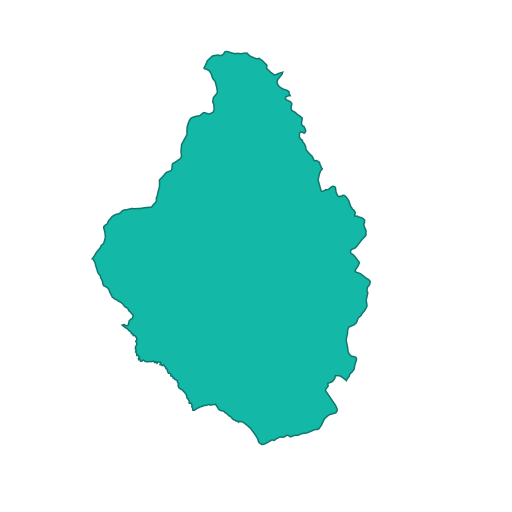 Toribío, Cauca, Colombia (orthographic projection), rotated 309°
{"feature_id": "7082276B98056345530252", "entity_name": "Toribío", "entity_type": "district", "adm_level": 2, "iso_a3": "COL", "parent_name": "Colombia", "parent_adm1": "Cauca", "projection": "orthographic", "projection_center": [-76.217, 2.971], "detail": "fine", "context": "isolated", "style": "filled", "palette": "teal", "viewbox_px": 512, "rotation_deg": 309, "n_neighbors": 0, "source": "geoboundaries", "source_scale": "gbopen_adm2", "svg_char_len": 6157}
<svg xmlns="http://www.w3.org/2000/svg" viewBox="0 0 512 512"><g transform="rotate(309 256 256)"><path d="M101.7,229.9L102.9,230.2L103.1,230.4L101.7,231.8L101.6,232.6L102.4,233.4L104.3,233.9L104.3,236.3L105.3,238.0L106.8,239.5L107.7,240.8L109.9,242.7L110.0,243.2L109.5,243.7L109.5,244.6L110.5,244.4L111.0,245.0L110.3,246.6L111.8,246.6L113.2,248.1L113.3,249.1L111.3,249.6L111.1,250.0L112.0,250.7L111.8,252.0L113.0,252.3L113.2,253.2L112.7,254.0L112.7,255.8L111.8,256.8L112.0,258.6L110.8,259.6L109.8,261.8L110.6,262.7L110.6,263.2L110.4,264.5L109.4,265.0L109.2,265.4L109.9,266.8L109.7,267.5L108.9,268.5L109.5,269.5L109.0,270.8L109.6,272.2L109.6,273.1L109.3,273.7L108.4,274.4L108.1,276.2L106.4,276.8L105.0,279.1L105.2,281.6L105.7,283.3L105.1,284.9L105.2,286.0L104.6,288.0L104.5,289.0L102.2,291.7L102.1,293.2L101.6,294.2L101.4,295.5L99.7,296.4L99.8,297.1L100.7,298.0L100.7,298.6L99.3,300.6L98.4,301.0L97.4,303.2L96.4,303.8L97.1,305.1L100.9,306.3L102.2,307.1L103.4,307.3L104.5,308.3L107.3,309.9L108.8,311.5L110.7,312.5L111.4,314.3L115.3,317.9L113.3,323.9L113.9,326.5L115.0,328.0L115.1,328.9L114.8,330.1L115.1,332.6L114.8,335.7L115.3,337.7L114.8,339.2L114.6,341.5L115.2,342.8L115.1,344.2L116.2,345.9L115.8,346.9L117.1,347.5L118.7,350.2L118.9,356.6L118.6,357.6L118.7,359.9L116.4,368.6L115.0,372.4L113.1,375.1L112.9,376.8L113.2,379.3L114.3,380.3L116.5,381.6L123.2,384.2L124.1,386.2L126.6,386.8L130.3,388.4L132.5,391.4L133.4,391.9L135.8,392.7L136.4,393.2L136.9,394.1L137.0,396.4L137.8,397.1L140.9,398.8L142.8,401.2L146.8,403.4L150.8,407.1L157.7,410.7L160.4,413.3L161.6,413.6L165.9,413.3L171.7,411.8L173.6,411.8L177.2,412.4L179.2,413.1L184.2,416.7L186.2,416.6L187.0,416.3L188.3,415.1L190.0,411.7L195.1,394.8L196.2,394.1L200.5,393.9L201.5,392.5L202.2,392.0L205.8,394.1L207.1,394.4L210.7,394.2L212.4,393.2L212.9,393.0L213.2,393.2L215.3,396.0L215.7,397.1L216.0,398.4L216.1,404.7L216.8,404.3L221.2,404.1L223.5,403.2L225.8,403.6L228.7,403.6L230.1,403.3L233.6,401.3L238.4,399.5L239.4,398.8L239.9,397.9L240.0,396.8L238.3,393.2L238.2,392.3L238.7,389.4L239.6,387.8L242.2,385.2L247.0,379.4L248.5,378.3L253.6,375.7L256.1,373.9L258.3,372.9L259.7,373.1L264.1,375.5L266.9,376.0L268.2,375.8L271.8,374.4L275.9,375.1L277.6,374.7L281.7,374.8L286.1,374.1L287.5,373.3L291.1,369.4L297.7,366.1L298.3,365.2L298.7,364.1L301.8,362.3L304.9,362.3L307.1,361.5L308.0,360.7L308.4,359.7L308.5,357.9L308.1,355.6L308.0,348.3L306.2,343.0L306.4,342.6L308.3,341.9L312.6,341.6L316.0,340.5L317.9,332.8L318.1,330.1L317.8,328.2L318.6,326.8L319.9,326.2L321.6,326.3L324.1,327.8L326.0,328.2L335.5,328.0L340.8,328.5L341.9,328.1L342.7,327.1L344.9,325.7L347.1,321.4L348.5,319.8L350.2,319.4L350.8,318.7L352.2,318.0L352.5,315.8L352.1,313.7L350.9,311.1L350.7,309.5L349.1,307.7L349.5,307.1L351.9,306.0L352.5,305.4L353.2,303.0L353.1,301.5L354.0,299.3L354.1,298.3L357.2,293.6L358.2,290.8L358.7,287.5L358.5,286.1L357.8,285.3L356.8,284.9L356.0,285.0L355.6,283.9L354.4,283.2L354.1,282.2L354.3,281.2L356.2,277.8L359.2,274.6L359.3,273.5L359.0,272.4L358.1,271.5L356.3,270.9L353.1,270.4L351.5,268.5L349.6,267.9L347.8,266.8L347.5,266.1L347.9,265.2L354.1,256.5L358.3,254.3L362.0,252.8L362.7,252.5L364.5,252.8L365.5,252.6L366.1,250.5L367.0,249.3L367.2,248.4L368.7,246.4L368.3,243.0L366.9,241.5L366.8,241.1L368.8,237.0L369.1,233.1L369.9,228.8L370.5,227.4L372.1,225.9L373.4,223.5L374.3,220.0L375.2,219.1L374.9,217.7L375.7,214.9L378.3,212.8L379.8,212.5L380.5,212.7L381.4,214.0L381.7,216.1L382.9,216.4L384.6,215.8L385.4,214.7L386.8,211.8L386.6,210.5L386.7,209.2L387.0,208.6L388.5,207.3L391.8,205.6L392.3,205.0L392.4,202.2L392.1,199.4L392.3,195.7L391.7,193.1L391.9,191.6L393.0,190.1L396.8,188.1L397.2,187.6L397.5,185.4L396.9,182.8L396.4,181.5L396.5,180.3L397.5,179.3L399.0,179.3L401.1,180.5L402.1,181.7L403.1,179.4L404.4,178.4L404.3,176.0L402.7,171.7L402.3,168.4L402.4,166.6L403.3,164.2L404.3,162.9L406.9,161.8L413.5,161.9L415.6,161.1L412.1,158.7L408.9,157.1L408.3,156.4L408.0,152.1L408.4,146.9L408.5,146.3L409.7,145.2L411.1,144.4L411.8,138.0L411.6,134.0L410.5,133.3L409.4,131.9L407.8,126.3L407.6,124.6L408.0,121.2L406.4,119.4L403.5,116.8L402.0,114.2L400.4,112.8L398.6,109.7L397.0,105.2L395.8,103.8L394.8,103.3L392.4,103.7L389.6,102.7L388.2,99.9L384.6,96.6L383.6,96.2L377.2,95.3L371.5,97.0L369.4,97.2L369.1,97.8L370.2,100.8L370.5,103.0L369.9,105.3L368.7,107.7L367.2,109.8L366.6,111.2L365.9,114.5L362.1,119.6L359.5,122.4L358.6,123.1L357.8,123.3L352.3,123.2L348.5,125.4L347.5,127.5L344.7,130.3L342.7,131.7L341.0,132.1L339.9,131.9L337.1,130.4L336.5,129.8L335.0,125.7L334.1,124.9L329.6,124.0L326.5,121.2L324.0,119.6L322.6,118.9L321.3,118.7L319.1,119.0L316.4,119.9L313.0,121.3L309.6,123.7L307.1,125.9L295.8,128.0L290.2,131.8L286.9,135.1L285.9,135.6L284.7,135.9L283.8,135.8L278.7,134.4L275.7,133.2L274.7,133.2L270.0,136.3L269.5,136.3L268.8,136.2L265.0,134.0L263.8,133.6L259.1,133.6L254.3,133.1L251.2,135.8L248.5,137.7L244.7,139.3L240.3,141.5L238.4,142.0L236.4,143.8L234.8,144.3L230.8,143.9L228.3,144.1L224.2,139.8L220.3,136.3L216.0,131.5L214.8,129.6L210.5,126.3L208.7,124.5L207.5,123.9L205.9,123.5L204.5,123.6L203.3,123.1L202.0,122.5L200.3,121.0L197.9,119.9L196.2,119.4L190.1,119.3L187.5,120.2L184.9,119.4L183.0,119.2L182.1,119.9L179.3,123.7L176.7,126.3L175.0,127.6L170.7,129.4L168.9,129.6L167.0,129.1L164.4,129.8L158.3,129.7L154.1,130.4L150.7,130.5L150.9,131.3L150.6,132.5L149.7,134.7L146.4,139.3L145.2,141.4L144.1,142.6L143.1,144.9L142.7,147.5L141.4,148.8L140.0,152.1L137.4,155.3L137.2,156.0L137.2,157.0L137.8,159.5L137.7,161.4L137.1,163.4L136.2,164.5L133.6,170.3L133.7,173.4L134.4,176.0L134.3,177.3L134.9,180.1L134.9,182.5L134.2,185.3L134.1,186.9L134.6,188.6L134.5,189.5L133.5,191.5L133.3,194.9L132.9,195.3L132.8,197.2L132.2,198.1L130.5,199.0L129.4,199.2L128.3,198.5L125.6,198.3L122.2,200.1L121.2,199.9L120.5,199.4L119.9,198.2L119.7,196.5L118.1,195.5L118.1,200.0L118.6,201.6L118.1,203.6L118.2,206.9L117.3,208.0L118.0,209.6L116.9,210.5L118.0,212.6L117.9,213.2L117.4,213.7L117.4,214.6L115.9,216.2L114.0,216.2L113.4,217.9L112.2,219.0L109.0,219.7L108.4,220.6L107.5,221.2L107.2,222.6L105.7,222.7L105.3,224.5L103.7,225.9L103.8,226.4L104.6,226.9L104.4,228.4L102.3,229.2L101.7,229.9Z" fill="#14b8a6" stroke="#0f766e" stroke-width="1.5"/></g></svg>